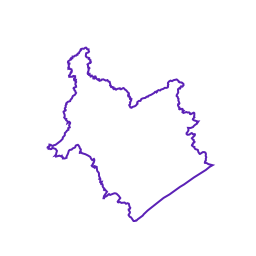 the district of Nosy-Varika, Vatovavy-Fitovinany, Madagascar, rotated 40°
{"feature_id": "10022922B12403701465046", "entity_name": "Nosy-Varika", "entity_type": "district", "adm_level": 2, "iso_a3": "MDG", "parent_name": "Madagascar", "parent_adm1": "Vatovavy-Fitovinany", "projection": "robinson", "projection_center": [48.047, -20.536], "detail": "fine", "context": "isolated", "style": "outline", "palette": "violet", "viewbox_px": 256, "rotation_deg": 40, "n_neighbors": 0, "source": "geoboundaries", "source_scale": "gbopen_adm2", "svg_char_len": 5787}
<svg xmlns="http://www.w3.org/2000/svg" viewBox="0 0 256 256"><g transform="rotate(40 128 128)"><path d="M41.8,117.6L43.1,118.7L43.4,120.1L44.3,121.0L44.9,119.9L45.7,120.2L46.9,119.4L48.3,120.3L48.4,121.8L48.9,121.7L49.0,122.2L48.8,123.2L49.3,124.3L49.1,125.8L50.1,126.6L52.4,124.5L52.6,123.3L54.2,122.3L55.3,123.6L55.3,124.1L54.8,124.7L55.7,125.8L56.4,125.5L56.7,125.8L57.3,124.8L57.8,125.7L58.7,126.0L58.9,126.5L58.7,127.1L59.7,128.5L61.0,129.0L61.8,129.8L60.6,132.1L60.9,132.7L61.5,132.6L62.7,133.5L64.0,133.6L65.0,134.4L65.7,134.5L66.0,136.6L65.2,139.0L66.0,141.5L65.8,143.1L66.4,144.6L65.1,146.6L64.8,148.6L65.1,149.3L65.6,149.3L65.8,151.0L66.9,152.0L66.9,153.5L67.6,154.2L68.8,154.3L68.9,154.8L68.1,156.6L68.2,157.1L71.1,158.7L72.2,160.0L72.3,160.9L73.9,161.3L74.9,160.7L75.6,161.8L77.9,161.7L78.5,163.1L79.2,161.0L80.2,161.1L80.7,161.7L81.1,163.8L83.0,165.0L82.3,166.6L83.5,167.6L82.9,169.4L83.1,170.3L82.9,172.5L84.3,174.3L84.1,177.1L84.9,178.2L84.7,181.2L83.3,187.5L82.3,188.8L82.2,189.7L80.5,190.7L79.7,190.5L78.5,191.2L79.4,192.3L78.8,194.3L79.0,194.7L79.6,194.5L80.4,195.0L80.8,194.1L82.0,194.2L82.9,193.3L82.8,191.8L86.0,190.6L88.3,191.2L89.3,193.6L89.9,194.4L89.9,195.8L90.1,195.5L91.2,196.2L93.2,193.3L94.6,192.9L95.1,191.8L96.1,192.6L97.0,192.3L97.7,193.2L99.2,191.9L100.1,190.3L99.3,189.5L98.6,186.5L97.3,183.4L97.5,182.2L98.7,180.8L98.8,179.2L99.8,177.3L99.9,176.7L99.3,175.1L99.5,174.5L100.4,173.1L101.1,173.1L103.0,173.7L104.0,174.4L105.6,174.7L105.9,175.4L106.5,175.9L106.5,177.2L107.1,178.0L108.2,176.8L108.9,176.9L112.1,175.5L115.0,174.8L117.7,174.4L119.6,175.3L121.3,175.6L121.8,173.6L122.2,173.7L123.0,174.4L124.1,176.7L123.9,177.7L124.4,178.3L124.4,180.2L125.3,180.4L127.1,180.0L126.6,179.0L126.9,178.6L128.2,179.5L128.5,178.1L129.0,177.9L131.4,180.2L132.4,180.8L134.2,181.0L135.3,181.8L136.5,183.3L138.7,184.4L138.8,185.4L139.7,185.0L141.4,187.2L142.5,186.0L143.2,188.1L143.6,188.2L144.1,187.5L144.5,187.5L145.5,188.1L146.1,189.0L147.2,189.5L148.8,189.6L149.4,190.9L149.7,190.9L150.2,190.0L152.9,190.3L153.4,195.6L154.4,197.5L154.8,197.2L154.4,196.1L155.4,194.0L155.9,190.8L157.3,190.8L159.2,187.3L159.9,186.4L161.4,185.7L164.4,185.9L167.1,186.6L167.4,191.0L167.9,191.3L168.4,191.2L169.4,189.9L171.1,189.6L173.3,187.3L175.2,187.3L176.0,185.9L177.3,185.5L179.7,187.3L181.1,187.7L181.4,188.6L180.8,189.9L181.2,190.4L183.6,191.2L184.0,192.0L184.2,194.0L184.5,194.4L186.5,194.9L187.8,194.5L192.0,195.7L193.1,194.8L193.5,193.7L194.0,193.5L194.1,191.8L195.6,185.7L195.5,183.9L196.1,178.5L200.2,158.7L202.5,152.2L205.7,139.6L207.2,135.3L210.3,123.5L214.6,110.1L215.5,105.4L216.7,102.1L212.8,104.0L210.8,104.3L209.3,105.3L209.0,105.0L208.9,104.2L208.5,104.0L208.4,102.6L207.3,101.5L206.7,100.0L205.5,99.5L204.4,97.8L203.1,97.1L201.8,97.5L200.8,98.4L199.9,101.5L199.5,101.8L197.4,101.2L195.5,99.9L193.1,100.9L191.0,100.3L190.9,99.9L189.8,100.3L188.2,100.3L187.9,99.8L188.1,98.8L187.5,98.1L188.1,96.3L187.8,95.8L187.1,95.9L185.9,94.9L185.2,95.2L183.5,94.8L183.9,91.0L183.6,90.1L183.1,89.8L181.6,91.1L180.6,90.8L179.9,91.1L179.2,93.6L178.4,94.5L177.8,95.0L176.6,94.9L176.1,94.1L176.2,93.4L175.9,91.1L174.9,89.9L173.9,89.3L176.0,87.7L177.2,85.4L177.1,84.2L177.5,81.8L178.0,80.8L177.7,77.9L176.8,78.9L176.4,78.5L173.6,79.7L172.2,79.8L171.9,79.2L172.0,77.1L171.3,76.9L170.6,75.6L169.3,74.0L168.8,73.9L168.4,74.1L167.2,77.1L166.4,77.4L165.6,76.7L164.7,76.8L163.8,77.8L162.5,78.2L160.8,80.8L160.3,80.5L159.7,80.8L159.4,79.8L159.0,79.8L159.3,78.9L158.5,79.0L157.5,78.4L157.0,78.6L156.3,79.6L156.0,79.6L155.4,80.6L155.0,80.6L154.2,79.2L153.4,79.3L151.7,78.5L151.1,77.6L151.7,76.9L151.5,76.0L148.7,74.4L148.0,73.2L147.1,73.0L146.0,72.2L144.8,72.3L144.2,71.6L143.7,68.6L141.4,66.2L141.7,64.4L142.2,64.7L142.6,64.3L141.9,61.9L143.1,61.3L143.0,59.4L141.9,58.5L141.0,58.8L140.5,58.5L139.4,58.9L138.3,59.8L137.6,59.7L137.2,60.0L136.5,59.5L134.1,59.5L132.2,62.0L131.6,63.8L130.1,64.4L129.9,64.9L129.5,66.2L129.6,67.7L130.1,68.4L131.0,68.8L131.2,69.8L132.2,70.7L132.3,71.4L131.8,72.4L130.3,73.7L129.9,75.3L128.6,77.3L128.5,78.6L127.0,79.4L126.4,81.5L127.0,81.7L126.9,82.4L126.1,82.2L125.5,82.9L125.5,84.4L124.4,87.6L123.0,90.2L123.1,91.3L122.4,91.7L122.0,92.7L122.0,93.7L120.4,95.6L119.6,97.1L120.1,99.2L119.0,100.1L118.5,102.1L119.0,103.0L119.7,103.3L119.5,104.4L119.7,105.2L119.2,107.0L117.7,109.3L117.8,110.1L117.6,110.3L116.6,110.7L114.2,109.7L114.4,108.7L113.4,107.1L113.0,107.0L112.7,104.9L112.0,103.7L110.9,104.5L110.5,104.2L110.5,103.4L109.7,103.0L108.6,102.8L108.4,103.5L108.0,103.6L107.1,103.0L106.8,102.4L107.1,101.7L106.3,100.8L105.6,100.9L102.4,100.3L101.0,100.5L99.5,100.2L98.7,100.4L97.7,102.9L97.1,103.2L96.2,102.8L94.6,105.0L94.2,106.3L92.9,106.1L92.3,107.3L91.3,107.3L90.9,106.2L89.7,106.6L88.9,107.5L88.5,107.5L87.8,106.7L86.9,106.9L86.6,106.1L84.2,104.4L83.2,105.0L81.5,104.5L80.6,105.9L77.8,106.6L76.7,107.9L76.8,108.7L75.8,110.2L75.2,110.2L74.5,109.2L74.0,109.5L73.6,110.5L71.8,110.4L70.0,109.4L69.6,109.6L69.7,110.1L70.5,110.4L70.7,111.0L70.5,111.8L69.6,112.3L68.7,111.2L68.2,111.1L67.2,111.4L66.7,111.2L66.6,112.2L66.3,112.6L65.2,111.9L64.2,112.4L63.8,111.8L63.3,112.1L63.3,111.4L62.2,112.1L61.8,111.9L61.8,111.2L61.1,110.4L61.0,109.5L60.0,108.3L60.1,107.1L59.6,106.7L58.6,107.3L57.0,105.7L56.1,105.3L56.7,103.1L57.4,102.4L57.2,101.3L56.2,101.2L55.7,100.2L54.7,100.3L54.0,99.9L53.6,100.2L53.2,99.4L50.8,100.4L49.4,100.0L47.9,97.7L49.1,95.4L49.0,94.5L47.7,93.8L47.2,93.1L46.0,93.9L44.5,93.3L43.7,93.9L43.3,95.6L41.9,96.7L41.2,98.0L41.3,98.4L41.9,98.6L41.8,100.7L42.3,102.2L41.7,103.2L42.2,104.3L41.7,104.6L41.8,105.7L41.0,106.4L40.7,108.0L39.6,108.9L40.5,110.2L40.1,110.5L40.3,111.4L39.5,111.3L39.5,111.9L40.0,112.1L40.0,112.5L39.3,115.5L39.8,116.3L40.6,116.3L40.8,116.7L41.7,116.2L42.0,116.6L41.8,117.6Z" fill="none" stroke="#5b21b6" stroke-width="2"/></g></svg>